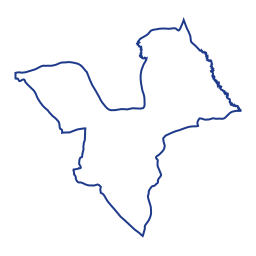 Kamchay Mear, Prey Vêng, Cambodia (Robinson projection)
{"feature_id": "14789045B61124482761817", "entity_name": "Kamchay Mear", "entity_type": "district", "adm_level": 2, "iso_a3": "KHM", "parent_name": "Cambodia", "parent_adm1": "Prey Vêng", "projection": "robinson", "projection_center": [105.67, 11.575], "detail": "fine", "context": "isolated", "style": "outline", "palette": "blue", "viewbox_px": 256, "rotation_deg": 0, "n_neighbors": 0, "source": "geoboundaries", "source_scale": "gbopen_adm2", "svg_char_len": 5737}
<svg xmlns="http://www.w3.org/2000/svg" viewBox="0 0 256 256"><path d="M240.0,109.8L239.5,110.0L239.3,109.4L239.4,108.9L239.0,108.2L238.4,108.7L238.0,107.7L238.2,107.2L238.0,106.9L238.0,106.5L237.6,106.4L237.2,105.9L236.2,105.8L235.7,106.3L235.2,106.1L234.8,105.9L234.9,105.5L234.7,105.1L234.4,105.6L234.1,105.4L233.6,105.4L233.3,105.7L232.9,105.2L232.9,104.7L232.5,104.2L232.4,104.9L231.7,104.5L231.3,104.9L230.8,104.6L230.7,104.3L231.3,103.9L230.4,102.4L230.1,102.6L229.8,102.5L229.7,102.0L230.2,101.8L229.8,100.2L229.8,99.3L229.0,99.0L228.6,98.5L228.0,98.5L227.5,98.2L227.3,97.9L227.2,97.4L226.9,97.1L226.8,96.3L226.9,95.7L227.1,95.4L227.4,95.9L227.8,95.8L227.8,94.2L227.4,94.4L227.1,94.0L227.1,93.6L226.8,93.2L226.4,93.3L226.0,93.9L225.2,94.1L224.9,93.3L225.3,93.4L225.4,92.5L224.2,92.5L224.1,91.9L224.5,91.6L224.4,91.1L223.8,91.1L223.3,90.9L222.6,90.6L222.5,90.0L221.0,89.5L220.1,88.0L220.8,87.6L221.2,86.6L220.6,86.4L219.7,86.9L219.8,86.3L219.6,85.7L218.8,85.3L218.5,85.5L217.9,86.1L217.6,84.6L217.9,84.1L218.5,84.6L218.9,83.3L218.9,82.8L218.4,83.0L217.9,83.0L218.3,82.6L217.5,81.9L217.2,81.9L217.2,82.4L216.9,82.7L216.5,82.5L215.7,81.3L216.3,80.7L215.8,80.2L215.4,80.0L215.2,80.6L214.8,80.6L214.6,80.1L214.0,79.2L213.4,78.7L213.4,78.2L214.1,77.9L213.9,77.4L214.4,77.0L214.1,76.3L213.7,76.0L213.3,76.4L212.7,76.7L212.4,76.1L212.9,75.9L212.9,75.3L212.6,75.3L213.1,73.9L213.0,73.2L212.1,72.0L211.1,71.6L211.0,71.2L211.4,71.2L211.8,70.8L212.1,70.0L213.2,70.8L213.4,70.5L212.6,69.7L212.5,69.2L212.8,68.9L213.2,68.7L212.7,68.1L211.9,68.0L211.5,67.8L211.9,67.0L211.9,66.5L211.0,66.2L211.4,65.6L211.6,65.1L211.5,64.7L212.1,64.1L211.9,63.6L211.6,63.2L211.6,62.7L211.3,62.1L211.4,61.3L211.1,60.9L210.5,61.0L210.4,60.3L209.8,60.4L209.0,60.9L207.2,60.0L207.8,59.4L207.0,58.3L206.6,58.0L206.8,57.6L207.2,57.5L207.6,57.1L207.5,56.0L206.6,56.4L206.2,56.1L206.5,55.7L205.6,54.2L206.0,53.9L206.3,53.8L206.1,52.9L205.2,53.1L204.9,52.3L204.4,52.5L204.0,52.5L203.8,52.0L202.9,52.4L202.4,52.3L202.0,51.7L201.9,50.7L201.5,50.3L201.4,50.7L200.4,50.8L199.7,50.4L199.0,49.5L195.7,46.0L191.9,42.7L191.0,41.5L190.3,36.0L188.7,32.0L186.7,27.9L183.7,20.0L183.2,21.6L180.3,28.4L179.1,30.3L178.6,30.5L177.2,29.8L176.0,28.6L174.5,28.2L169.1,28.8L163.5,28.5L159.8,28.7L152.8,29.9L150.9,30.7L149.6,32.1L148.2,33.9L146.0,35.5L140.6,38.6L139.5,39.6L138.9,40.9L138.3,41.2L138.0,41.5L138.4,42.3L139.1,42.7L138.6,43.0L138.1,42.7L137.9,43.3L137.4,43.2L137.0,43.6L137.3,44.1L137.8,43.9L138.1,44.7L138.3,45.4L138.8,45.7L139.0,46.2L139.4,46.0L139.8,46.6L140.4,47.1L141.1,46.8L141.3,47.2L141.2,47.5L140.8,48.3L141.1,48.8L140.8,49.1L140.8,49.7L141.1,49.8L141.5,49.4L141.6,49.9L141.1,50.3L141.3,50.8L141.1,52.8L140.8,53.1L141.4,53.4L141.2,54.2L141.0,54.6L141.1,55.1L139.9,55.4L139.9,55.9L140.7,57.0L141.2,57.1L141.9,56.8L142.1,58.0L142.4,58.2L143.4,58.4L144.0,58.1L144.7,57.6L145.2,57.8L145.3,58.6L145.8,58.8L146.5,58.4L146.2,60.0L143.7,64.3L142.9,66.2L141.4,70.4L140.7,74.7L140.6,78.8L141.0,82.9L142.4,90.6L143.6,94.0L144.3,97.0L144.5,99.6L144.6,104.2L144.5,105.7L144.1,106.8L143.1,108.1L140.6,108.6L135.0,108.4L132.8,108.2L127.2,109.4L123.4,109.1L121.2,109.1L115.3,110.1L111.0,110.2L109.0,109.6L107.5,108.6L105.7,106.8L102.3,102.6L100.6,100.0L99.1,96.8L95.1,89.8L94.1,88.2L92.1,84.8L90.0,80.1L86.8,72.0L85.9,71.2L83.4,68.1L82.0,66.5L80.2,65.0L79.0,64.3L77.6,63.7L75.8,63.2L74.1,62.8L69.8,62.1L67.9,62.1L65.6,62.4L62.2,62.5L60.6,62.8L55.8,64.8L52.4,65.6L50.5,65.8L47.4,65.7L44.9,65.9L43.8,65.6L41.3,66.2L35.3,69.3L25.8,72.2L21.8,72.7L19.2,72.3L16.4,72.6L15.4,73.0L15.5,74.0L15.5,77.2L15.6,78.5L16.3,78.7L17.3,78.5L18.0,78.9L18.8,80.4L19.5,81.1L20.8,80.8L22.1,79.9L23.5,79.4L24.2,79.6L24.8,80.4L25.4,82.1L27.8,84.8L33.9,90.6L35.6,93.4L37.0,96.9L38.0,98.9L40.7,103.1L41.5,104.0L42.6,105.6L45.6,108.5L47.7,110.2L48.8,111.8L52.7,116.1L54.7,117.6L56.5,119.3L58.6,121.7L59.3,123.8L59.8,127.9L60.3,128.9L61.8,129.6L62.2,131.2L62.1,132.8L62.9,132.6L69.8,132.4L71.6,131.6L77.2,129.5L80.5,128.9L84.9,128.3L85.4,128.4L85.1,130.7L85.1,134.0L84.8,140.1L83.9,142.5L83.4,146.4L83.5,149.5L82.6,153.0L82.1,156.4L81.9,157.1L80.4,157.6L79.5,159.5L79.2,161.8L79.2,164.3L80.3,165.9L80.8,167.7L79.9,168.4L78.8,168.2L78.3,168.6L76.0,169.2L73.6,169.5L73.4,170.0L74.0,172.2L74.1,174.5L75.0,175.4L75.8,177.2L75.8,178.8L76.9,181.1L78.1,182.2L79.0,182.5L80.4,182.4L81.3,182.6L83.5,183.4L84.9,184.2L87.8,185.2L90.3,185.5L92.4,185.4L93.6,185.6L97.7,184.5L98.9,185.0L100.8,186.8L100.3,189.6L100.8,192.9L102.0,193.4L102.9,194.0L104.0,195.2L107.3,200.8L110.0,204.2L115.5,210.5L120.6,216.7L124.1,219.7L134.7,229.6L139.1,232.8L140.6,234.2L142.7,236.0L143.2,234.7L143.9,232.0L144.4,230.4L144.8,228.7L144.8,226.3L145.0,225.7L145.5,224.8L148.3,221.0L148.9,220.0L150.0,217.6L150.9,214.6L151.1,211.9L150.8,207.1L150.1,204.4L148.4,199.0L147.9,196.4L148.0,195.7L148.7,193.7L148.7,191.5L149.1,190.4L150.4,188.3L151.8,186.5L152.7,186.1L154.3,185.8L154.9,185.4L156.6,183.7L157.7,182.9L158.0,181.9L158.1,181.2L157.8,180.6L158.3,179.4L158.8,178.4L159.8,177.3L160.5,176.3L161.0,175.5L161.1,174.8L160.9,174.1L159.4,170.3L158.0,167.1L157.5,165.3L157.6,161.9L157.8,160.3L157.4,159.5L156.3,158.5L156.0,157.5L156.4,156.6L157.3,155.8L158.6,155.1L159.7,154.1L162.3,151.5L163.4,150.1L164.2,148.5L164.6,146.9L164.7,145.5L163.7,142.1L163.2,139.1L163.3,138.2L163.7,137.7L164.4,137.1L165.2,136.0L166.2,135.3L173.0,132.2L176.0,131.1L178.6,130.4L187.0,127.4L189.4,126.8L192.0,126.4L196.0,126.3L197.3,126.2L198.1,125.9L197.4,123.6L197.5,122.2L198.2,120.3L199.6,118.4L200.1,118.4L201.5,118.6L205.1,119.7L208.8,119.5L213.3,118.2L215.3,118.7L217.2,118.8L219.2,118.6L221.5,118.8L223.4,118.6L224.7,118.1L229.7,113.2L231.7,111.9L233.8,111.3L236.2,110.9L240.5,110.9L240.6,110.1L240.0,109.8Z" fill="none" stroke="#1e3a8a" stroke-width="2"/></svg>